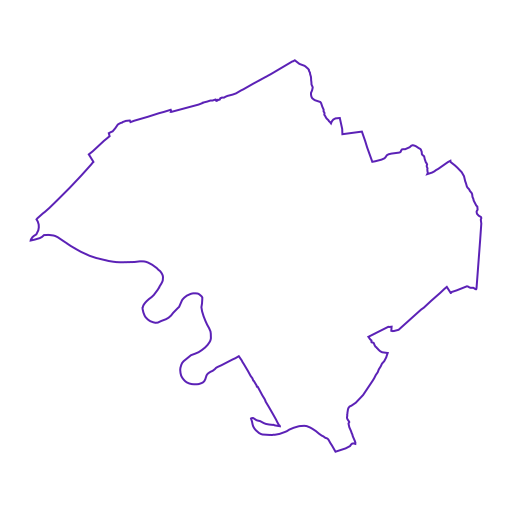 outline of Lalosu, Vâlcea, Romania
{"feature_id": "2599482B21143876013392", "entity_name": "Lalosu", "entity_type": "district", "adm_level": 2, "iso_a3": "ROU", "parent_name": "Romania", "parent_adm1": "Vâlcea", "projection": "equal_earth", "projection_center": [24.059, 44.531], "detail": "fine", "context": "isolated", "style": "outline", "palette": "violet", "viewbox_px": 512, "rotation_deg": 0, "n_neighbors": 0, "source": "geoboundaries", "source_scale": "gbopen_adm2", "svg_char_len": 6033}
<svg xmlns="http://www.w3.org/2000/svg" viewBox="0 0 512 512"><path d="M476.2,289.2L476.4,288.7L476.6,287.1L480.1,240.7L481.3,223.6L480.8,219.7L481.3,218.1L481.1,217.3L480.8,216.9L478.7,215.7L477.0,213.8L476.7,212.6L476.6,211.6L476.9,210.8L477.4,210.1L477.6,209.5L477.3,206.5L476.3,205.6L473.7,200.6L473.3,198.8L472.5,197.0L472.3,195.4L472.1,194.1L471.7,193.1L469.8,190.8L469.2,189.4L467.6,187.7L466.9,186.6L466.0,183.4L465.2,181.2L464.0,176.2L461.7,172.2L457.3,167.6L454.9,165.4L450.8,162.2L450.5,161.6L450.4,160.8L447.9,162.1L438.2,168.9L436.0,170.1L434.3,171.4L432.0,172.6L427.3,174.1L427.9,172.9L427.5,171.5L427.3,169.5L427.5,168.3L426.8,166.7L426.7,165.9L427.1,164.4L426.3,162.8L425.9,162.5L424.7,159.0L424.4,157.5L424.1,156.3L422.4,154.9L421.9,154.1L421.7,151.8L420.8,149.5L420.2,148.9L418.7,148.1L416.2,146.4L414.7,145.7L412.8,145.2L411.3,145.7L409.7,147.2L405.2,149.2L403.2,149.2L402.0,149.4L401.1,150.5L400.8,151.6L400.2,152.2L399.1,152.6L391.4,153.6L388.5,154.3L386.8,155.3L385.6,157.1L384.5,158.3L381.6,159.6L375.1,161.3L372.3,161.8L367.1,147.3L365.2,141.1L361.9,131.6L342.4,134.2L342.2,129.0L339.8,118.0L335.5,118.4L333.4,119.5L332.5,120.5L331.7,121.6L331.0,123.4L330.1,122.2L328.9,121.1L328.5,120.3L326.8,118.7L325.8,117.4L325.6,116.7L324.3,114.7L324.5,113.2L324.3,112.5L323.6,111.5L323.6,109.6L322.3,106.7L321.1,103.1L320.3,102.0L314.9,100.2L313.8,99.5L312.2,98.2L311.6,97.1L311.2,95.8L311.0,94.3L311.0,92.9L312.1,90.3L312.7,87.6L312.6,87.0L311.5,84.5L311.4,82.2L311.1,79.9L311.1,78.8L310.9,76.7L310.1,74.0L310.0,72.8L308.9,70.6L308.9,69.8L308.0,68.7L305.5,66.5L304.5,65.8L299.4,63.9L294.8,60.3L293.1,61.3L292.4,61.4L270.9,74.1L253.0,83.8L243.4,89.3L241.1,90.4L236.0,93.4L232.6,94.6L227.5,95.9L225.6,96.7L224.0,97.6L221.8,97.6L221.2,98.0L220.5,98.1L220.2,98.4L220.1,98.9L219.8,99.5L219.3,99.6L218.8,99.9L217.6,99.8L217.4,100.0L217.4,100.5L216.7,100.9L216.3,100.8L216.0,100.6L215.9,99.7L215.6,99.5L212.6,100.5L210.5,100.5L207.1,101.6L202.7,102.7L202.7,103.0L198.5,104.6L171.3,111.9L170.9,111.9L171.2,111.2L170.7,109.8L163.6,112.0L159.0,113.2L147.8,116.8L134.3,120.7L130.5,122.1L129.8,120.5L125.9,120.9L122.6,122.1L122.1,122.6L120.6,123.0L118.3,124.2L117.7,124.7L115.3,128.2L112.6,131.4L111.3,131.9L108.8,133.2L109.6,136.2L104.0,140.8L92.6,151.4L88.8,154.4L93.4,161.8L93.4,162.1L92.7,162.6L91.2,164.5L81.5,175.3L69.6,187.9L58.2,199.3L49.3,208.0L44.9,211.9L42.9,213.4L39.2,216.7L37.5,218.2L36.5,219.4L37.8,221.6L38.7,224.6L38.8,227.4L38.3,230.3L36.3,234.4L33.9,235.9L32.5,237.1L30.9,239.5L30.7,240.5L34.7,239.6L39.8,238.1L42.0,236.9L44.0,235.1L48.7,234.9L53.5,235.5L55.2,236.0L57.7,237.2L70.6,245.9L75.9,249.0L80.9,251.8L89.6,255.8L96.2,258.0L108.7,261.0L113.1,261.7L116.4,262.1L120.9,262.3L134.5,262.0L140.2,261.3L143.9,261.4L145.9,261.8L147.9,262.5L152.1,264.7L156.8,268.1L158.4,269.8L160.1,271.1L161.3,272.7L162.0,273.9L162.7,275.4L163.0,277.1L162.8,280.1L162.4,281.5L161.4,283.5L159.8,286.1L159.4,286.7L159.2,287.6L158.9,287.8L157.7,289.8L153.8,295.0L151.7,297.0L148.9,299.1L146.7,301.1L145.3,302.6L143.8,304.6L143.0,306.3L142.8,307.3L142.5,307.7L142.6,309.1L143.4,312.5L144.6,315.6L145.5,317.1L147.6,319.3L149.2,320.5L150.3,321.2L153.3,322.3L155.5,322.8L157.8,322.6L161.2,321.0L166.0,319.2L168.6,317.7L171.1,315.5L173.2,312.8L177.8,308.1L179.1,306.9L182.0,300.3L182.6,299.4L184.3,297.6L186.9,295.6L190.7,293.9L192.2,293.5L193.5,293.3L195.2,293.3L197.3,293.5L198.1,293.7L199.2,294.3L201.0,295.8L201.7,296.5L202.3,297.5L202.3,298.8L202.0,303.6L201.4,307.2L202.1,311.4L203.6,316.3L205.5,321.1L207.1,324.6L209.1,328.2L210.5,331.5L210.8,333.8L210.9,338.0L210.8,338.9L210.3,340.7L209.5,342.2L207.6,344.9L205.1,347.5L201.8,350.1L198.6,352.2L195.3,353.6L191.0,355.2L183.6,361.2L182.2,362.9L181.3,364.8L180.4,367.9L180.2,369.9L180.5,373.0L181.1,375.5L181.7,376.8L182.7,378.4L184.0,380.0L185.4,381.4L187.0,382.5L189.3,383.5L191.8,384.1L194.5,384.3L198.0,384.2L199.3,383.9L201.8,383.0L203.1,382.3L204.3,381.1L205.3,379.2L206.5,375.5L207.1,374.5L208.0,373.5L209.1,372.7L210.5,371.8L212.7,370.8L214.9,369.1L216.0,367.9L217.5,367.0L221.3,365.3L232.5,359.5L235.4,358.2L238.8,356.2L241.7,360.4L242.6,362.2L243.6,363.7L248.0,371.1L250.6,375.9L252.4,378.3L253.0,379.9L253.3,380.6L253.9,381.0L254.6,382.2L256.7,385.7L256.8,386.6L257.0,386.8L257.8,386.9L262.3,395.3L264.7,399.2L265.5,401.0L265.5,401.4L268.7,406.7L272.9,414.0L276.1,419.7L277.0,421.6L278.8,424.9L279.7,425.7L279.8,426.2L276.1,425.6L274.5,425.3L273.6,424.8L272.8,424.9L269.0,424.5L265.8,423.9L263.8,423.1L260.1,421.1L257.9,420.6L256.5,420.2L253.3,418.1L252.6,418.0L251.2,418.3L251.0,418.5L252.0,421.5L252.6,424.5L253.2,426.4L254.4,428.5L255.8,430.2L259.0,433.0L260.9,434.0L262.5,434.5L268.8,434.9L272.1,435.0L273.8,434.7L274.7,434.8L279.6,433.9L285.4,431.8L287.0,431.1L289.3,429.6L293.6,427.8L298.3,426.4L299.7,426.1L304.2,425.8L306.7,426.1L310.1,427.5L312.4,428.8L315.9,431.1L319.0,433.7L321.7,435.6L323.4,436.4L325.4,437.9L326.7,438.2L327.9,439.0L328.6,439.9L330.4,443.1L331.9,445.4L335.5,451.7L345.6,448.4L350.0,446.1L351.0,444.6L352.2,443.6L353.5,443.4L355.3,443.9L355.4,442.7L354.9,441.1L352.8,436.3L352.3,434.4L351.6,432.9L351.1,431.3L349.3,427.2L348.5,423.6L348.6,423.2L349.2,422.4L349.2,421.8L347.5,419.3L347.0,417.9L347.0,417.0L347.3,415.8L347.1,414.9L347.4,413.9L347.4,413.0L348.0,409.2L348.5,407.9L349.6,406.5L351.4,405.7L355.8,402.7L363.1,395.0L372.8,380.5L374.2,378.2L375.8,375.0L377.7,372.3L378.8,369.4L380.7,366.4L382.0,363.6L384.2,361.2L386.2,357.4L387.0,354.9L387.7,353.0L382.4,352.3L381.5,352.0L379.9,351.0L378.3,349.5L377.5,348.5L377.0,348.2L376.4,347.3L375.5,346.7L374.7,345.4L373.7,343.0L373.2,342.7L371.6,342.3L371.4,341.9L371.5,340.8L371.4,340.4L370.2,339.4L368.4,336.8L388.3,326.8L389.0,327.0L391.6,326.7L391.3,330.6L391.3,330.8L392.5,331.1L394.0,331.0L398.6,329.8L418.4,312.0L421.2,309.5L423.8,307.7L431.3,300.7L440.2,292.9L444.3,289.0L446.8,286.9L451.1,293.6L451.0,292.3L451.1,292.2L456.6,290.4L466.9,286.3L467.9,286.5L469.4,287.4L470.6,287.8L473.4,287.8L475.2,289.0L475.6,289.2L476.2,289.2Z" fill="none" stroke="#5b21b6" stroke-width="2"/></svg>